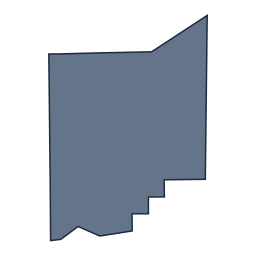 Jennings, Indiana, United States of America (Equal Earth projection)
{"feature_id": "52423323B17963948858786", "entity_name": "Jennings", "entity_type": "district", "adm_level": 2, "iso_a3": "USA", "parent_name": "United States of America", "parent_adm1": "Indiana", "projection": "equal_earth", "projection_center": [-85.64, 39.002], "detail": "fine", "context": "isolated", "style": "filled", "palette": "slate", "viewbox_px": 256, "rotation_deg": 0, "n_neighbors": 0, "source": "geoboundaries", "source_scale": "gbopen_adm2", "svg_char_len": 367}
<svg xmlns="http://www.w3.org/2000/svg" viewBox="0 0 256 256"><path d="M207.2,15.4L151.6,51.8L98.6,52.9L60.0,53.9L48.8,54.0L49.2,89.0L49.8,146.4L50.2,180.5L50.6,240.6L60.6,239.4L78.1,226.5L99.8,236.0L132.2,230.9L132.0,213.8L148.4,213.8L148.4,197.0L164.4,196.9L164.1,179.8L197.1,179.4L205.3,179.3L207.2,15.4Z" fill="#64748b" stroke="#1e293b" stroke-width="1.5"/></svg>